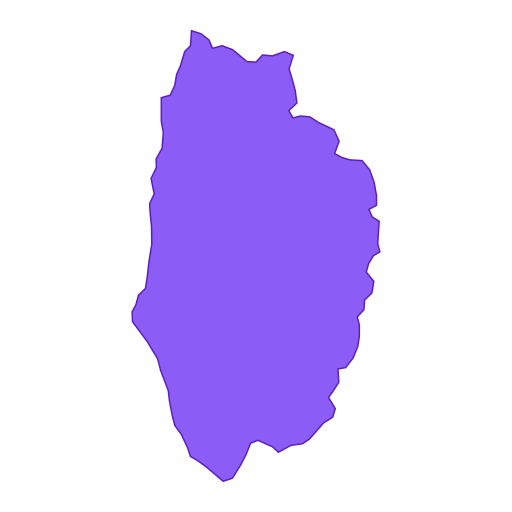 the district of Pitangueiras, Paraná, Brazil
{"feature_id": "56859067B16453032256709", "entity_name": "Pitangueiras", "entity_type": "district", "adm_level": 2, "iso_a3": "BRA", "parent_name": "Brazil", "parent_adm1": "Paraná", "projection": "robinson", "projection_center": [-51.57, -23.208], "detail": "fine", "context": "isolated", "style": "filled", "palette": "violet", "viewbox_px": 512, "rotation_deg": 0, "n_neighbors": 0, "source": "geoboundaries", "source_scale": "gbopen_adm2", "svg_char_len": 1405}
<svg xmlns="http://www.w3.org/2000/svg" viewBox="0 0 512 512"><path d="M206.1,466.8L223.2,481.3L232.4,478.2L240.7,464.9L246.0,454.7L250.6,443.2L257.9,440.3L272.5,446.8L278.4,452.2L290.8,445.4L302.5,443.7L309.3,439.2L323.6,422.9L332.7,417.2L335.3,408.7L328.5,397.4L333.4,390.7L338.8,382.2L338.0,368.9L345.6,367.6L353.2,357.9L357.8,346.4L359.3,336.7L359.4,325.2L357.3,316.9L363.9,309.7L364.6,300.0L371.9,293.0L373.8,281.4L366.3,272.1L368.5,263.8L373.4,255.7L379.9,251.8L377.7,243.9L378.4,232.3L379.2,221.3L372.3,217.0L368.9,209.4L376.5,205.3L376.5,195.6L374.1,182.3L369.7,169.9L362.1,160.6L349.9,159.9L341.9,157.5L334.6,153.6L339.1,141.2L333.9,129.8L318.9,122.7L309.8,116.9L300.3,116.0L293.0,117.9L288.8,110.7L296.9,102.9L295.2,90.5L292.6,80.7L289.1,68.8L293.3,55.4L284.5,51.6L272.3,55.9L262.5,55.0L256.0,62.1L246.9,61.6L239.5,55.4L232.7,49.7L222.1,45.7L212.5,48.3L209.0,40.0L201.0,33.8L191.5,30.7L190.5,45.7L184.7,51.6L180.5,65.7L176.6,74.5L174.7,85.5L170.2,95.2L161.3,97.6L161.3,109.8L161.3,121.3L163.3,132.4L162.1,148.2L156.1,158.9L156.4,167.4L151.1,178.4L154.2,193.9L149.6,203.7L150.3,214.6L151.5,226.1L151.8,244.4L149.2,259.9L147.2,277.1L145.4,288.5L138.5,295.2L135.9,304.8L132.1,311.9L132.5,321.7L147.2,341.5L157.6,358.8L160.6,370.3L168.3,390.7L169.5,401.2L172.5,416.7L174.9,425.6L181.3,434.4L187.4,447.3L190.5,456.5L197.6,460.6L206.1,466.8Z" fill="#8b5cf6" stroke="#5b21b6" stroke-width="1.5"/></svg>